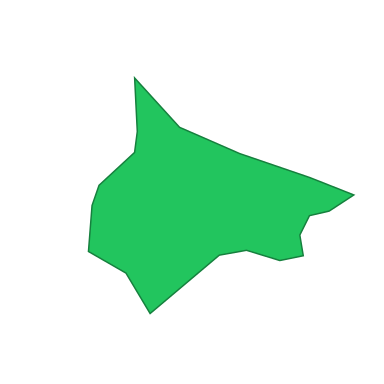 Kibuku, Natural Earth projection, rotated 47°
{"feature_id": "UGA-5595", "entity_name": "Kibuku", "entity_type": "County", "adm_level": 1, "iso_a3": "UGA", "parent_name": "Uganda", "parent_adm1": "", "projection": "natural_earth1", "projection_center": [33.805, 1.052], "detail": "fine", "context": "isolated", "style": "filled", "palette": "green", "viewbox_px": 384, "rotation_deg": 47, "n_neighbors": 0, "source": "natural_earth", "source_scale": "10m", "svg_char_len": 407}
<svg xmlns="http://www.w3.org/2000/svg" viewBox="0 0 384 384"><g transform="rotate(47 192 192)"><path d="M252.3,305.5L206.3,295.6L164.9,308.3L133.7,274.3L123.7,255.4L123.9,207.0L110.5,190.8L69.5,156.2L136.2,157.0L196.5,130.9L261.8,96.0L304.5,75.7L299.5,104.7L289.4,122.2L297.0,142.5L314.5,154.1L302.0,174.5L271.8,191.9L256.8,215.1L252.3,305.5Z" fill="#22c55e" stroke="#15803d" stroke-width="1.5"/></g></svg>